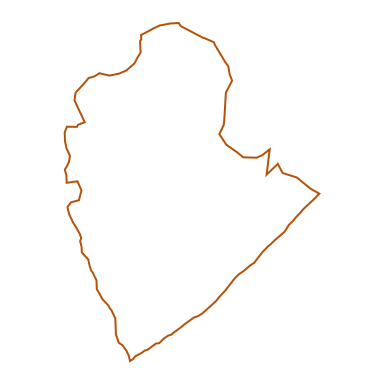 Langtang South, Plateau, Nigeria
{"feature_id": "59680162B99351931357354", "entity_name": "Langtang South", "entity_type": "district", "adm_level": 2, "iso_a3": "NGA", "parent_name": "Nigeria", "parent_adm1": "Plateau", "projection": "natural_earth1", "projection_center": [9.811, 8.594], "detail": "fine", "context": "isolated", "style": "outline", "palette": "amber", "viewbox_px": 384, "rotation_deg": 0, "n_neighbors": 0, "source": "geoboundaries", "source_scale": "gbopen_adm2", "svg_char_len": 1952}
<svg xmlns="http://www.w3.org/2000/svg" viewBox="0 0 384 384"><path d="M319.3,193.7L310.7,188.8L296.8,177.5L282.6,173.0L277.8,163.9L266.6,174.6L269.7,149.3L262.2,155.2L256.7,157.7L243.3,157.3L237.1,152.3L226.4,144.8L219.3,134.2L223.8,124.7L223.9,122.8L224.2,121.3L225.9,92.6L232.1,80.6L229.7,74.6L228.3,66.3L225.3,62.2L214.9,44.9L214.0,42.3L204.0,37.9L203.5,38.0L181.0,26.3L178.7,23.0L170.2,23.5L159.7,25.5L153.9,28.2L146.5,32.2L141.1,35.0L141.3,39.4L140.1,40.9L140.1,41.1L140.2,43.8L140.4,48.1L140.6,52.4L137.1,58.3L134.8,62.7L133.6,64.2L130.0,67.3L126.5,70.4L123.4,71.8L123.0,71.9L119.2,73.6L109.4,75.6L104.4,74.4L99.4,73.2L97.0,74.8L94.6,76.3L88.5,78.1L84.9,82.6L76.6,91.6L75.5,93.1L74.5,100.4L84.7,122.2L78.0,124.8L76.9,126.9L66.9,126.7L64.7,132.5L65.0,141.2L66.5,148.3L70.0,155.9L69.0,161.7L67.0,166.0L64.9,169.5L64.9,169.9L66.4,175.6L66.7,182.8L77.4,181.3L81.5,190.4L79.3,198.7L79.0,200.2L71.0,202.3L67.6,206.8L67.7,208.6L69.2,214.3L71.8,219.9L73.2,222.7L75.8,226.9L79.8,233.9L81.2,238.1L80.1,241.1L81.6,246.8L81.8,252.5L88.2,259.4L89.8,266.5L91.1,270.5L92.5,272.1L96.5,280.5L96.8,289.1L100.8,296.1L102.2,298.9L104.8,301.7L108.6,305.8L110.0,308.6L111.3,310.0L115.3,318.4L115.5,322.7L115.7,328.4L115.9,334.2L117.3,338.4L118.7,342.7L122.6,345.3L126.5,350.9L128.8,355.7L130.0,361.0L133.0,359.2L135.3,356.2L141.4,353.0L145.1,350.4L147.6,349.7L155.9,343.6L159.3,343.1L163.9,338.5L168.1,335.7L171.6,334.5L173.4,332.8L178.5,329.1L181.0,327.3L184.1,324.6L190.2,320.2L193.7,317.6L198.1,316.1L202.4,313.3L208.7,307.8L210.0,306.6L215.1,301.9L216.1,301.0L219.2,297.0L225.6,290.2L227.6,287.5L231.8,282.1L234.9,278.1L239.2,274.0L240.3,273.3L243.4,271.2L249.8,265.7L253.9,263.0L254.1,262.9L256.2,260.2L259.3,256.2L262.4,252.2L267.7,246.7L270.9,244.0L275.1,239.9L281.5,234.4L284.6,231.7L288.8,225.0L291.2,222.6L293.0,220.9L295.1,218.2L300.3,212.8L302.4,210.1L306.6,206.0L314.0,199.2L319.3,193.7L319.3,193.7Z" fill="none" stroke="#b45309" stroke-width="2"/></svg>